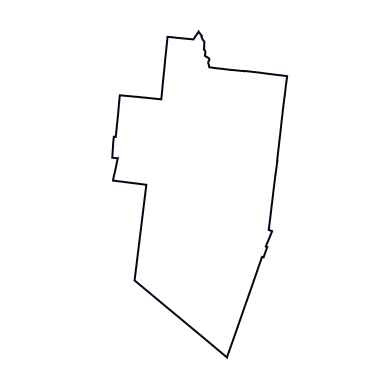 Presidente Roque Sáenz Peña, Córdoba, Argentina, rotated 97°
{"feature_id": "61730980B59546711189461", "entity_name": "Presidente Roque Sáenz Peña", "entity_type": "district", "adm_level": 2, "iso_a3": "ARG", "parent_name": "Argentina", "parent_adm1": "Córdoba", "projection": "robinson", "projection_center": [-63.913, -34.182], "detail": "fine", "context": "isolated", "style": "outline", "palette": "ink", "viewbox_px": 384, "rotation_deg": 97, "n_neighbors": 0, "source": "geoboundaries", "source_scale": "gbopen_adm2", "svg_char_len": 3369}
<svg xmlns="http://www.w3.org/2000/svg" viewBox="0 0 384 384"><g transform="rotate(97 192 192)"><path d="M65.4,111.7L65.4,114.8L65.4,117.6L65.4,119.7L65.4,125.9L65.4,134.2L65.3,138.8L65.4,147.0L65.4,150.9L65.5,155.1L65.8,155.1L65.8,158.6L65.8,158.8L66.1,170.7L66.1,179.4L66.2,182.6L66.2,185.8L66.0,190.1L65.8,190.2L65.5,190.2L65.3,190.3L65.0,190.4L64.8,190.5L64.6,190.5L64.2,190.6L63.8,190.8L63.5,190.9L63.1,191.1L62.9,191.2L62.8,191.3L62.6,191.4L62.4,191.5L62.2,191.5L61.9,191.6L61.7,191.6L61.3,191.6L61.2,191.7L60.8,191.6L60.6,191.6L60.4,191.5L60.2,191.5L59.9,191.4L59.6,191.3L59.4,191.2L59.2,191.0L59.0,190.9L58.9,190.9L58.5,190.9L58.2,191.0L57.8,191.1L57.6,191.2L57.4,191.2L57.3,191.3L57.2,191.6L57.1,191.9L57.0,192.1L56.9,192.3L56.8,192.5L56.7,192.7L56.5,193.0L56.4,193.2L56.3,193.4L56.2,193.6L56.1,193.8L56.0,194.0L55.9,194.3L55.9,194.5L55.7,195.0L55.4,195.5L55.2,195.7L54.8,195.7L54.6,195.8L54.3,195.8L54.1,195.8L53.9,195.8L53.7,195.8L53.3,195.8L53.1,195.8L52.8,195.8L52.6,195.8L52.4,195.8L52.2,195.8L51.7,195.8L51.3,195.8L51.1,195.8L50.9,195.8L50.7,195.9L50.5,196.1L50.4,196.2L50.2,196.4L50.1,196.5L49.9,196.7L49.8,196.8L49.6,197.0L49.4,197.1L49.3,197.3L49.1,197.4L49.0,197.6L48.7,197.5L48.6,197.4L48.4,197.4L48.2,197.4L47.8,197.5L47.7,197.5L47.3,197.6L47.2,197.5L46.7,197.5L46.3,197.5L46.0,197.6L45.8,197.7L45.6,197.8L45.2,197.9L44.9,197.9L44.6,197.9L44.4,197.9L44.1,197.9L43.9,197.9L43.7,197.9L43.3,197.9L43.1,197.9L42.9,197.9L42.7,198.0L42.2,198.0L41.8,198.0L41.6,198.0L41.4,198.0L41.2,198.1L41.1,198.3L40.9,198.4L40.8,198.6L40.6,198.7L40.5,198.8L40.3,199.0L40.2,199.1L40.1,199.3L39.9,199.4L39.7,199.6L39.6,199.8L39.3,200.0L39.1,200.2L38.9,200.2L38.7,200.3L38.5,200.5L38.3,200.6L38.1,200.7L37.9,200.8L37.7,200.9L37.5,201.0L37.2,201.2L37.0,201.4L36.8,201.4L36.6,201.5L36.5,201.4L36.1,201.3L35.9,201.2L35.8,201.4L35.6,201.5L35.3,201.8L35.2,202.0L34.9,202.3L34.6,202.6L34.3,202.9L34.1,203.0L33.8,203.3L33.7,203.5L33.4,203.7L33.3,203.9L33.1,204.0L32.9,204.2L32.8,204.4L32.6,204.5L32.3,204.9L32.1,205.0L33.9,205.9L34.9,206.4L37.6,207.8L40.4,209.2L40.4,209.9L40.4,212.2L40.5,214.4L40.8,224.8L40.8,228.1L40.8,230.0L41.0,235.2L54.1,234.9L61.9,234.8L65.9,234.7L68.6,234.6L71.9,234.5L77.8,234.4L82.8,234.3L87.8,234.2L90.6,234.1L96.9,233.9L98.1,233.9L103.8,233.8L104.0,246.3L104.3,258.8L104.6,267.9L104.7,272.1L104.8,275.4L106.8,275.4L125.6,274.8L131.0,274.7L141.0,274.5L146.7,274.4L146.7,276.3L150.9,276.3L157.4,275.9L167.7,275.3L167.6,270.7L167.6,270.0L167.5,269.8L177.2,270.6L180.6,270.9L183.9,271.2L184.1,271.3L184.7,271.4L188.6,271.7L190.0,271.8L190.3,271.8L190.3,271.1L190.4,238.5L190.4,238.2L286.8,238.2L339.3,156.6L344.9,148.0L350.4,139.5L351.9,137.1L351.7,137.1L343.0,135.2L328.1,131.9L301.6,126.2L300.7,126.0L300.3,125.9L295.5,124.9L293.5,124.4L271.5,119.6L269.1,119.1L264.0,118.0L260.1,117.2L247.9,114.6L248.0,113.7L248.1,113.0L245.4,112.4L237.4,110.6L237.1,112.1L227.1,109.3L221.1,107.7L220.3,111.2L207.9,111.2L173.8,111.3L170.1,111.3L164.5,111.3L164.5,111.2L153.1,111.1L150.6,111.1L150.6,111.3L143.3,111.4L141.3,111.4L139.8,111.4L139.7,111.4L138.3,111.4L135.7,111.4L130.3,111.5L126.7,111.5L124.9,111.5L122.4,111.5L119.6,111.6L116.8,111.6L114.1,111.6L111.4,111.7L108.7,111.7L108.2,111.7L103.2,111.7L99.0,111.8L97.8,111.8L93.0,111.8L87.1,111.8L86.7,111.7L81.7,111.7L76.3,111.8L71.2,111.7L65.4,111.7Z" fill="none" stroke="#020617" stroke-width="2"/></g></svg>